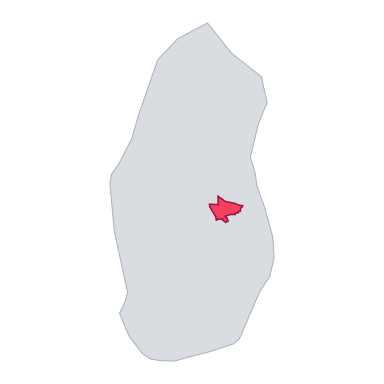 location of 53, Ar Rayyān, Qatar
{"feature_id": "91078587B25441317691063", "entity_name": "53", "entity_type": "district", "adm_level": 2, "iso_a3": "QAT", "parent_name": "Qatar", "parent_adm1": "Ar Rayyān", "projection": "mercator", "projection_center": [51.366, 25.28], "detail": "fine", "context": "in_parent", "style": "filled", "palette": "rose", "viewbox_px": 384, "rotation_deg": 0, "n_neighbors": 0, "source": "geoboundaries", "source_scale": "gbopen_adm2", "svg_char_len": 1017}
<svg xmlns="http://www.w3.org/2000/svg" viewBox="0 0 384 384"><path d="M208.6,352.0L191.3,356.3L175.0,361.0L161.4,360.8L150.5,359.0L143.3,354.5L129.3,336.6L119.5,313.4L125.5,300.5L127.6,292.4L114.3,231.1L109.9,184.0L111.5,174.3L119.1,163.2L131.8,138.5L138.6,114.8L157.7,59.8L177.8,38.6L207.5,23.0L231.8,53.5L261.4,76.7L267.1,102.6L258.4,123.7L250.4,157.3L255.1,172.7L256.9,186.0L265.0,208.4L272.8,237.4L274.1,257.6L269.9,276.2L259.6,291.9L239.3,339.1L233.3,343.9L208.6,352.0Z" fill="#d9dde1" stroke="#a8b0b8" stroke-width="1"/><path d="M216.3,220.2L217.3,219.7L218.1,219.0L219.6,219.3L222.8,218.9L222.9,220.3L224.6,221.6L225.8,222.5L226.7,221.8L228.2,221.2L226.8,217.6L225.4,217.2L225.1,216.3L230.4,214.5L235.2,214.5L235.2,213.3L238.2,212.8L238.0,211.8L240.1,211.5L240.3,211.4L240.6,208.4L242.6,206.5L242.6,206.4L242.7,205.6L239.3,205.3L235.1,203.5L234.6,203.3L225.4,201.5L218.0,196.2L218.1,204.6L209.5,204.2L209.6,204.5L209.7,206.7L215.7,216.8L216.3,220.2Z" fill="#f43f5e" stroke="#9f1239" stroke-width="1.5"/></svg>